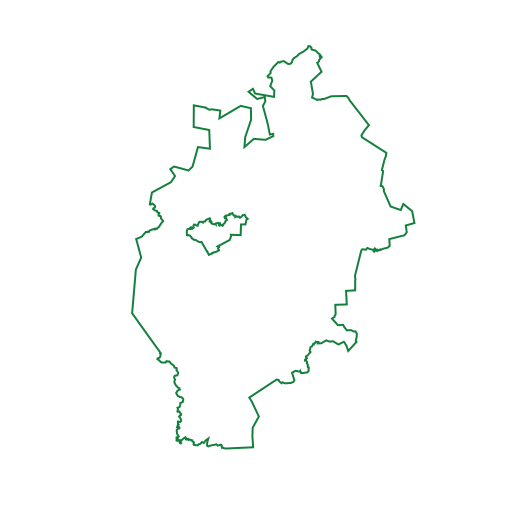 the district of Apes pag., Apes, Latvia, rotated 328°
{"feature_id": "27541924B88937634750122", "entity_name": "Apes pag.", "entity_type": "district", "adm_level": 2, "iso_a3": "LVA", "parent_name": "Latvia", "parent_adm1": "Apes", "projection": "mercator", "projection_center": [26.708, 57.522], "detail": "fine", "context": "isolated", "style": "outline", "palette": "green", "viewbox_px": 512, "rotation_deg": 328, "n_neighbors": 0, "source": "geoboundaries", "source_scale": "gbopen_adm2", "svg_char_len": 6142}
<svg xmlns="http://www.w3.org/2000/svg" viewBox="0 0 512 512"><g transform="rotate(328 256 256)"><path d="M411.7,105.8L409.6,107.3L404.4,107.8L399.8,107.5L396.3,108.3L393.0,108.3L390.6,109.2L389.0,110.8L387.3,111.3L385.0,110.2L382.8,105.4L379.9,104.4L378.6,104.6L377.8,103.3L371.3,104.8L366.2,107.0L365.4,108.5L361.0,109.7L361.0,111.1L363.6,112.9L362.8,115.8L358.0,119.6L359.3,125.3L355.6,130.6L341.3,117.7L342.0,112.6L336.7,112.8L340.2,123.5L347.7,125.8L345.8,129.9L341.4,132.3L335.9,150.4L332.1,160.3L335.3,161.5L334.2,163.5L325.6,162.5L316.2,155.5L303.9,157.5L309.8,149.5L324.0,137.9L330.0,128.0L322.6,120.6L297.9,119.9L302.8,113.8L296.3,108.2L293.9,107.2L292.1,104.1L292.2,103.7L283.1,95.3L271.5,113.6L283.1,124.4L273.8,140.6L264.5,132.9L249.5,146.6L244.1,147.7L233.9,136.7L229.4,136.9L229.7,145.3L223.0,148.3L201.4,147.0L193.3,156.0L193.8,156.6L196.0,156.7L196.9,159.6L196.7,160.6L196.0,161.3L194.0,161.2L193.6,161.7L194.2,163.4L195.9,165.3L195.5,166.6L195.7,167.1L196.8,168.1L196.6,168.7L195.4,169.1L194.8,170.0L194.9,170.5L196.1,171.3L196.3,172.0L195.3,173.7L195.7,176.1L195.6,177.4L194.3,177.5L188.7,180.0L187.5,179.9L186.6,180.5L185.6,180.1L185.2,179.5L184.5,180.0L184.2,179.8L184.2,179.2L180.9,178.3L179.3,178.1L178.0,178.8L177.3,178.0L176.8,178.3L175.3,177.2L169.4,179.1L163.4,178.1L157.8,196.5L146.9,203.9L120.6,238.9L123.7,287.8L123.2,287.9L123.4,288.2L123.2,288.7L121.3,290.7L120.0,291.1L118.2,290.7L117.7,291.2L118.2,292.1L119.0,294.7L119.0,295.3L119.6,296.4L123.1,298.5L124.4,297.7L125.5,299.0L126.7,299.5L126.8,302.0L128.2,305.4L127.8,307.4L129.3,309.0L128.9,309.9L128.0,310.7L128.3,313.5L126.6,315.2L125.9,315.5L124.1,314.6L123.0,314.8L122.1,315.8L121.8,318.0L120.3,319.1L119.8,319.9L119.5,323.1L120.0,326.0L121.0,327.5L120.6,328.9L119.7,328.6L117.7,328.8L115.7,329.9L115.5,333.4L116.2,334.1L116.5,335.1L117.9,336.2L118.5,338.0L118.4,339.0L116.5,341.0L114.0,340.5L112.5,342.5L111.0,343.6L109.0,343.1L108.7,344.5L107.0,346.2L107.0,346.6L108.6,347.2L108.5,348.9L108.8,350.2L108.0,351.1L106.9,350.9L105.6,351.5L105.9,352.4L105.7,355.0L105.2,356.1L103.8,356.6L102.2,355.0L101.8,355.2L101.5,356.1L100.8,356.9L101.2,357.7L101.1,358.0L100.1,358.0L98.6,359.2L100.0,359.8L100.0,361.3L99.5,361.6L98.1,361.0L96.5,361.6L94.9,364.8L94.8,368.1L92.5,367.7L92.1,368.2L93.0,369.1L92.7,369.9L91.1,369.9L90.8,370.4L91.4,371.1L93.7,371.8L92.7,373.2L92.4,374.0L92.5,374.8L93.0,375.1L93.6,374.7L93.4,373.9L93.7,373.2L97.7,372.3L100.1,372.3L100.2,373.1L99.4,374.3L99.5,374.7L100.1,375.0L100.6,374.5L101.8,375.3L101.5,376.3L102.7,376.8L104.3,378.6L103.8,379.4L104.6,381.2L103.3,382.5L103.2,383.3L106.2,385.7L107.2,385.3L109.3,385.8L111.6,385.1L112.6,386.9L115.4,385.8L118.8,385.5L116.0,388.1L114.2,390.4L114.1,391.5L114.8,392.3L116.0,392.3L122.7,394.8L123.0,396.5L126.0,397.3L126.6,397.8L126.6,398.4L126.1,398.8L125.5,400.5L126.5,400.9L126.6,401.1L126.5,401.6L128.6,403.4L152.2,416.7L157.5,406.8L162.2,399.9L173.4,393.6L175.3,377.0L175.3,372.5L207.9,371.7L209.5,373.1L209.3,374.6L210.2,377.4L211.4,377.1L213.2,379.4L218.2,382.1L220.9,382.6L222.7,381.7L224.7,374.1L228.6,374.3L232.0,377.4L232.6,377.0L232.2,379.4L237.8,381.9L239.8,381.3L241.6,378.5L241.7,378.2L241.1,377.9L241.2,377.2L242.4,375.6L242.3,373.8L243.2,372.9L243.0,371.0L242.1,370.6L242.5,370.0L243.3,369.8L243.5,370.3L244.5,369.6L244.9,369.7L245.1,368.9L244.7,368.6L245.1,367.6L247.2,367.6L251.4,366.3L251.4,364.6L253.9,362.2L255.6,362.3L257.9,360.9L258.3,361.5L258.7,361.0L260.5,361.0L261.2,360.3L263.3,362.0L262.1,362.9L265.1,364.6L270.8,364.8L273.5,368.0L276.1,369.0L279.0,374.7L285.0,375.3L285.2,375.8L285.1,380.4L283.9,385.4L295.7,382.1L295.5,381.0L298.6,377.8L300.3,375.4L300.5,372.7L298.9,371.9L297.4,369.3L293.7,367.2L293.2,363.2L293.4,360.5L288.8,358.1L287.3,349.3L290.3,349.3L291.1,348.3L292.6,347.7L297.4,339.4L307.3,345.2L313.9,333.3L321.9,337.7L327.4,328.9L327.9,328.6L329.3,325.4L348.2,307.1L349.7,306.6L352.6,308.9L354.7,308.2L356.2,310.4L359.1,313.3L358.2,314.5L358.5,315.0L359.6,314.7L360.2,312.8L360.7,312.5L361.0,313.0L361.0,315.4L361.3,315.9L362.4,315.1L363.0,316.2L364.6,316.2L364.6,316.9L367.2,317.1L372.1,318.7L374.8,318.2L378.0,312.3L392.9,317.1L396.4,315.8L399.2,309.5L407.8,312.0L412.2,300.7L408.5,290.0L403.1,293.7L396.4,285.4L398.8,268.6L399.9,267.2L400.2,263.8L398.9,262.7L408.8,251.4L408.2,249.9L415.8,242.6L419.3,239.9L421.2,237.6L408.8,211.5L409.3,209.6L414.6,207.0L421.1,204.9L417.9,173.5L418.1,170.8L417.5,168.2L404.4,160.4L396.8,158.9L395.1,157.8L393.9,157.8L391.3,156.1L390.8,156.3L387.5,151.3L390.2,148.8L394.9,137.2L409.2,134.5L410.3,124.6L411.6,124.6L413.0,124.0L413.5,123.2L416.5,122.3L415.6,121.1L416.6,119.2L416.9,119.6L416.8,118.3L416.2,116.9L415.7,114.5L415.3,113.3L412.5,110.2L413.4,108.6L413.3,108.1L413.0,107.4L413.0,106.8L411.7,105.8ZM267.2,220.1L263.8,223.6L260.0,221.3L254.0,230.2L246.0,224.7L245.8,225.7L242.1,228.5L228.4,227.5L229.3,229.0L227.7,229.6L227.6,231.6L224.4,231.3L220.6,230.2L220.4,230.7L216.6,230.0L217.1,226.3L216.8,226.2L217.3,215.2L216.0,214.7L214.7,213.3L213.3,210.4L211.9,209.3L211.3,207.3L210.9,207.0L211.1,206.0L210.7,203.6L209.8,202.4L209.1,202.4L208.5,201.7L210.2,198.6L211.9,197.0L214.2,197.6L214.3,198.3L214.8,198.5L215.3,198.2L215.5,197.1L216.1,197.1L216.4,197.6L215.9,198.8L216.5,199.2L218.3,198.9L218.7,197.4L220.0,196.5L221.0,197.1L221.6,198.4L222.6,199.4L225.4,197.2L226.2,197.0L227.9,198.1L228.8,199.6L229.7,199.0L231.4,199.8L232.8,198.9L236.8,199.5L237.0,199.9L234.9,202.2L235.2,202.7L236.1,202.4L236.4,202.7L236.4,203.5L235.5,204.3L235.7,205.2L237.5,207.2L238.6,207.1L238.7,207.6L238.9,207.1L239.6,207.2L241.8,208.1L241.3,210.1L240.9,210.4L241.1,210.7L242.1,209.4L242.8,209.4L242.6,210.2L242.8,211.2L243.5,212.6L244.0,212.7L244.8,211.8L246.9,211.5L248.9,210.1L250.5,210.0L250.6,208.3L249.6,207.5L250.0,206.1L250.5,206.0L250.6,206.6L251.2,206.9L251.5,206.6L251.3,205.8L251.6,205.7L255.5,207.2L256.0,207.0L256.0,206.3L256.5,206.3L257.3,207.0L258.7,207.1L258.5,209.9L259.9,210.9L259.1,212.1L260.6,212.2L261.5,213.3L262.4,213.4L262.7,215.0L264.2,215.1L266.4,214.3L267.1,214.9L268.1,215.1L267.9,215.4L268.2,216.1L267.9,217.7L268.7,220.0L267.2,220.1Z" fill="none" stroke="#15803d" stroke-width="2"/></g></svg>